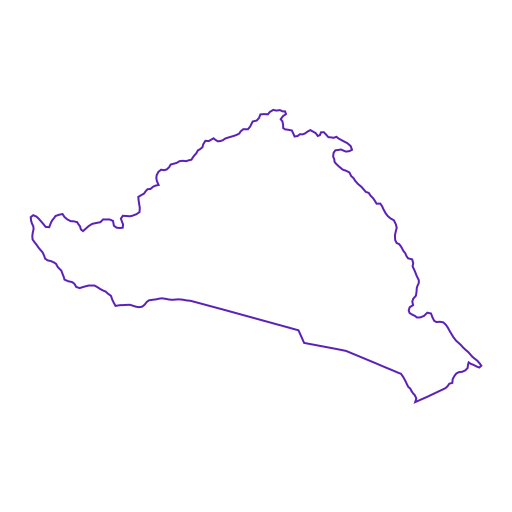 Itapebi, Bahia, Brazil (Mercator projection)
{"feature_id": "56859067B79786588856261", "entity_name": "Itapebi", "entity_type": "district", "adm_level": 2, "iso_a3": "BRA", "parent_name": "Brazil", "parent_adm1": "Bahia", "projection": "mercator", "projection_center": [-39.666, -15.918], "detail": "fine", "context": "isolated", "style": "outline", "palette": "violet", "viewbox_px": 512, "rotation_deg": 0, "n_neighbors": 0, "source": "geoboundaries", "source_scale": "gbopen_adm2", "svg_char_len": 4147}
<svg xmlns="http://www.w3.org/2000/svg" viewBox="0 0 512 512"><path d="M333.7,152.6L335.4,150.3L338.0,150.0L341.0,149.5L343.7,150.7L346.0,151.6L349.4,151.1L352.0,149.8L350.7,146.1L347.4,143.2L344.3,141.6L341.3,140.0L338.7,138.6L336.4,136.8L333.8,137.8L331.2,137.4L328.4,137.2L326.2,134.7L323.8,132.2L321.0,132.3L319.9,135.1L317.8,136.0L315.6,133.0L312.4,131.3L310.3,130.1L307.7,131.5L304.9,133.5L302.4,134.4L299.9,134.2L297.7,136.0L294.6,136.5L293.5,134.1L291.9,130.5L287.9,129.7L285.2,129.4L283.2,128.1L283.1,124.8L282.4,121.3L280.7,119.2L283.0,116.1L286.0,114.1L285.1,111.4L282.7,111.4L279.9,110.1L276.4,110.6L273.3,109.9L269.9,111.9L267.9,114.3L264.1,114.1L260.4,114.4L259.0,118.0L256.6,120.6L252.7,121.5L251.4,124.0L250.2,126.5L247.9,129.3L243.3,129.2L240.6,131.4L239.3,133.5L236.2,135.1L232.5,136.3L228.7,137.4L225.3,138.5L222.9,140.2L220.2,141.1L217.8,141.3L215.5,139.9L213.5,138.3L211.3,139.6L208.8,141.1L205.4,140.8L203.3,144.2L202.4,147.3L200.0,149.2L197.9,150.4L196.3,153.3L193.9,155.9L191.4,159.7L188.8,160.3L186.1,161.2L182.7,160.8L179.5,161.2L176.7,162.9L173.8,163.7L170.7,164.5L169.1,167.2L166.8,169.4L164.2,170.2L161.1,169.7L158.3,172.0L156.7,175.1L156.3,178.0L156.9,181.1L158.6,185.0L155.6,185.6L153.1,186.7L150.4,189.0L147.6,189.2L145.9,190.9L144.1,193.5L140.8,195.4L138.3,196.9L138.6,200.2L139.2,204.3L139.8,207.8L139.5,212.1L136.4,214.2L132.5,215.7L129.9,216.3L126.4,216.0L122.8,215.8L120.9,218.6L121.9,221.4L123.1,224.6L122.7,227.7L120.1,228.0L116.6,227.7L113.9,225.7L113.0,220.9L109.4,219.4L106.5,219.5L103.1,219.4L100.4,222.2L96.1,223.0L92.1,223.9L88.5,226.2L85.5,228.9L83.0,231.1L80.9,229.4L80.0,226.3L78.4,224.2L77.1,222.1L73.6,221.3L70.8,221.2L67.3,219.4L64.5,217.0L62.5,214.0L59.0,214.8L55.5,216.0L53.9,218.3L52.2,220.3L51.0,222.6L49.2,227.2L45.6,226.9L43.6,224.3L41.0,221.3L38.8,218.8L36.5,216.6L33.2,215.2L30.7,217.2L31.1,220.8L32.0,223.6L33.3,226.3L33.6,229.1L32.8,232.4L32.3,236.2L32.6,239.5L34.3,241.9L36.6,244.8L38.5,247.6L40.6,250.1L42.6,252.4L44.0,255.4L45.1,258.6L47.7,260.4L50.6,261.0L53.7,262.3L56.0,263.8L57.8,267.1L61.3,270.6L62.7,274.3L63.7,276.8L64.5,279.6L68.1,281.2L72.2,282.1L74.4,283.8L76.2,286.9L79.6,288.1L84.4,286.6L88.8,285.5L91.9,285.5L94.4,285.5L97.5,287.2L100.4,289.1L103.4,290.7L105.6,291.5L107.6,293.4L111.0,295.9L112.2,299.5L113.8,302.8L115.5,305.9L120.5,305.1L123.4,305.1L126.2,304.9L130.0,304.8L133.7,306.0L136.0,306.7L138.8,307.2L142.1,306.7L144.6,304.7L146.7,302.0L148.8,300.4L152.4,299.8L155.9,299.4L158.8,298.7L162.0,298.3L166.0,298.9L169.4,299.6L172.5,299.8L175.1,299.6L178.7,299.3L182.8,299.7L186.5,300.4L190.6,300.8L224.4,309.9L298.5,330.3L304.1,342.9L336.0,348.9L346.0,350.9L374.9,362.9L384.5,367.0L392.0,370.1L395.3,371.5L398.0,372.7L401.0,373.8L403.4,377.3L405.3,380.8L406.5,383.3L408.2,386.8L410.2,388.5L411.4,390.9L413.1,393.4L414.8,395.2L416.3,398.4L415.2,402.1L427.5,396.7L430.2,395.4L445.4,388.2L447.5,386.3L449.3,383.7L452.3,382.9L452.7,379.1L454.5,375.8L456.4,373.4L458.8,372.2L462.1,371.8L465.3,370.4L467.6,368.0L468.0,364.8L468.7,362.4L470.7,363.8L473.8,365.0L476.8,366.6L479.3,367.5L481.3,365.7L479.9,363.7L477.3,360.7L474.5,358.5L472.5,356.9L470.8,355.0L468.3,352.1L465.3,349.6L462.8,347.2L460.9,345.0L458.5,342.8L456.1,340.7L453.4,337.2L449.7,331.1L448.0,327.9L445.8,324.7L443.2,322.3L440.0,321.8L436.3,322.0L434.2,320.8L432.5,317.5L431.0,313.5L427.3,312.7L424.0,315.9L420.3,317.4L417.0,317.5L414.9,315.9L411.8,314.4L409.6,313.0L408.7,310.5L409.7,307.2L413.1,305.1L412.3,301.6L413.2,298.8L415.9,295.7L416.5,292.0L416.8,287.9L417.6,285.5L418.8,283.0L418.8,280.2L416.6,275.7L415.1,271.8L413.9,269.1L412.6,266.4L413.2,263.2L412.2,259.4L408.0,258.3L406.4,255.9L405.3,253.3L403.3,250.8L401.6,247.5L399.3,244.2L396.6,243.0L395.2,240.1L394.9,235.5L395.7,231.7L396.7,227.8L395.9,224.4L393.9,220.3L390.5,218.4L387.8,216.1L385.7,213.4L383.4,209.2L382.1,206.2L380.3,203.6L376.6,203.7L374.4,200.1L372.9,198.0L370.6,195.7L368.7,192.9L365.8,191.9L363.9,189.7L361.5,186.9L357.9,183.9L355.1,180.7L353.4,178.0L351.2,176.1L349.4,172.4L345.7,170.6L342.7,169.6L339.3,166.8L336.4,164.1L334.6,162.0L334.3,159.5L333.1,156.2L333.7,152.6Z" fill="none" stroke="#5b21b6" stroke-width="2"/></svg>